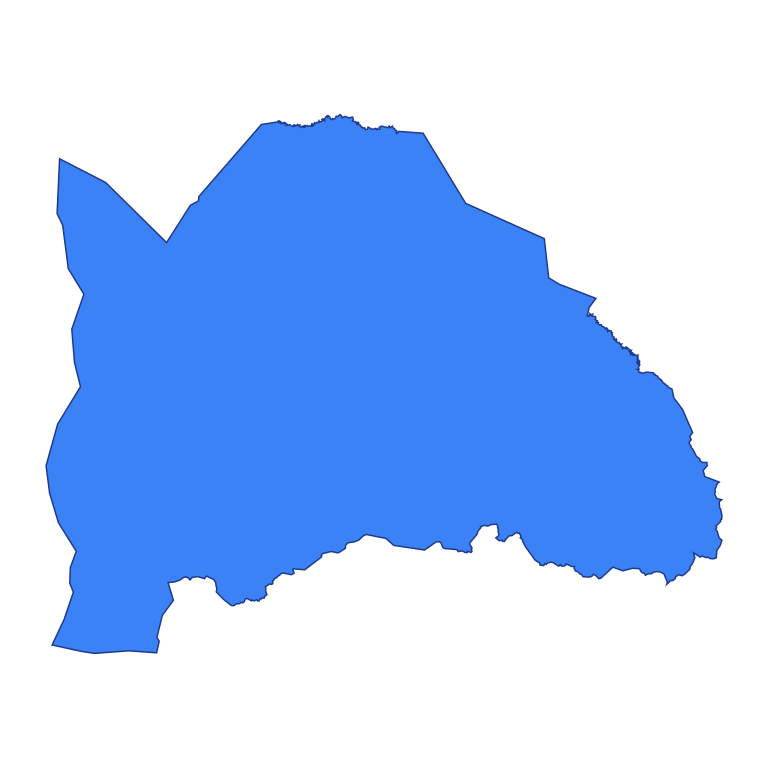 Xalx gol, Dornod, Mongolia
{"feature_id": "93677404B3085807680593", "entity_name": "Xalx gol", "entity_type": "district", "adm_level": 2, "iso_a3": "MNG", "parent_name": "Mongolia", "parent_adm1": "Dornod", "projection": "albers", "projection_center": [119.062, 47.201], "detail": "fine", "context": "isolated", "style": "filled", "palette": "blue", "viewbox_px": 768, "rotation_deg": 0, "n_neighbors": 0, "source": "geoboundaries", "source_scale": "gbopen_adm2", "svg_char_len": 6111}
<svg xmlns="http://www.w3.org/2000/svg" viewBox="0 0 768 768"><path d="M52.1,645.0L80.4,651.2L94.4,653.4L128.7,650.8L156.6,652.8L159.2,641.2L156.9,637.4L162.4,615.2L173.4,600.3L168.1,582.6L174.6,581.9L179.6,580.2L184.5,576.9L187.8,577.5L190.0,579.9L192.4,577.4L197.7,576.6L204.5,578.7L206.4,576.0L213.7,579.5L215.7,582.6L216.2,586.6L216.9,588.1L216.3,591.9L223.5,599.3L231.3,605.5L233.7,605.7L236.4,603.9L239.8,603.6L240.7,602.4L242.8,602.8L244.0,602.0L245.2,599.4L246.7,598.3L251.6,600.9L252.0,600.0L254.2,600.9L256.5,599.7L257.8,601.0L259.1,601.0L260.1,598.7L261.4,599.0L262.6,597.8L264.2,598.1L264.6,596.5L266.9,594.7L265.6,590.8L265.9,588.7L265.4,586.8L269.6,584.0L271.6,584.4L272.8,583.6L272.6,581.0L273.7,580.4L274.2,578.8L277.0,577.4L277.2,576.5L279.7,575.2L280.5,574.0L282.8,573.0L291.6,574.7L294.1,573.1L292.9,569.8L293.3,568.8L304.7,569.8L321.6,556.9L321.6,554.6L323.0,553.5L331.2,551.5L337.9,552.9L339.2,552.3L345.3,548.4L345.7,545.0L347.9,542.8L353.7,542.0L358.5,540.3L363.6,535.6L366.4,534.5L385.9,538.4L393.8,545.4L424.6,550.0L436.1,541.9L439.1,541.7L440.9,542.7L442.8,547.4L444.3,548.5L455.9,549.5L457.5,550.0L458.1,551.6L462.3,550.9L465.1,552.5L467.2,552.5L467.5,551.4L471.2,552.4L472.0,551.2L471.4,549.7L472.0,547.9L469.5,544.1L469.7,543.0L476.9,534.5L478.1,530.9L480.8,527.8L480.5,526.7L484.2,525.4L487.9,526.1L490.9,524.6L496.6,524.1L498.1,527.0L497.6,527.4L498.4,529.8L498.0,530.8L498.8,534.4L498.5,535.8L495.8,537.9L499.3,540.8L502.0,540.1L502.6,541.4L504.6,541.4L505.1,540.1L508.9,535.9L511.9,535.6L516.5,532.4L517.9,533.3L519.4,533.1L521.1,536.5L520.2,537.8L522.5,539.6L522.6,541.3L525.8,547.2L535.1,560.1L539.7,563.2L540.0,565.1L543.7,565.6L544.9,563.5L546.2,564.4L547.3,563.2L551.0,562.1L553.3,562.7L558.7,566.2L560.4,564.6L561.4,566.1L564.1,566.0L565.8,565.1L566.0,563.9L571.8,566.5L574.5,566.6L574.1,568.6L575.3,570.0L575.3,570.9L577.5,571.5L580.0,574.0L581.6,574.5L583.0,576.7L589.1,577.1L591.8,576.3L593.3,574.3L596.1,575.8L598.6,578.6L600.8,578.2L612.8,567.2L623.0,570.8L632.2,568.3L639.7,568.7L640.6,571.1L642.6,573.0L644.2,572.9L645.4,575.3L647.7,574.0L651.7,573.6L653.4,572.2L656.7,571.6L660.1,571.9L663.9,573.8L667.4,582.2L666.7,584.3L669.6,581.8L669.9,580.5L672.7,580.6L675.0,578.9L675.8,576.7L678.5,574.8L682.0,575.7L684.7,574.2L689.3,569.8L690.1,568.5L690.1,566.4L692.2,564.1L694.9,557.8L693.5,552.8L700.2,557.1L701.9,556.1L706.1,557.5L708.2,557.3L709.8,558.5L713.4,558.8L716.3,557.9L716.8,550.6L720.2,545.5L721.8,540.7L721.8,540.0L719.2,538.0L717.1,531.1L715.5,529.3L716.7,527.8L716.0,526.1L720.6,521.5L720.5,519.3L720.8,520.0L721.7,519.1L721.9,515.3L720.6,509.1L719.7,508.1L719.2,502.6L719.6,501.4L721.7,499.7L716.8,498.5L714.6,494.0L715.4,491.6L714.9,489.7L717.3,483.6L719.2,482.1L704.8,476.6L703.2,470.5L707.4,465.3L706.8,464.3L707.0,462.5L702.5,462.4L700.5,461.3L699.5,458.6L696.5,456.5L693.0,449.5L691.2,447.5L690.9,445.7L689.4,443.9L689.4,441.8L691.2,439.8L689.7,436.5L692.6,432.6L682.5,409.4L673.9,398.0L672.0,389.1L668.0,387.0L667.6,385.9L664.9,384.4L664.9,383.6L663.2,383.0L662.2,381.0L661.0,380.4L661.0,379.5L657.9,377.7L658.0,376.8L656.9,375.7L655.2,375.4L655.1,374.3L653.7,374.1L653.3,372.8L646.4,372.1L642.3,373.4L641.4,372.5L639.1,372.5L638.6,370.6L637.2,369.4L639.0,369.2L638.4,367.2L639.8,364.8L638.9,363.3L638.4,364.2L636.7,362.4L637.4,361.9L638.2,362.3L638.1,363.0L638.8,362.3L639.5,362.8L639.6,361.1L639.1,360.7L638.4,361.6L637.7,360.7L639.3,360.0L637.4,359.9L637.2,358.7L638.0,358.3L637.5,357.6L637.9,356.9L637.2,356.6L638.0,355.2L634.8,355.3L634.6,354.5L633.4,355.4L632.4,354.6L633.2,353.8L632.7,353.0L630.7,354.6L630.7,353.1L629.9,352.1L631.5,352.2L630.8,351.5L631.2,350.6L630.1,351.1L630.6,349.7L629.4,350.8L629.2,349.2L626.9,348.7L627.6,348.0L627.2,347.7L626.1,348.3L625.9,347.0L624.0,348.4L623.2,347.4L622.5,348.2L622.5,347.1L621.8,346.7L620.7,346.9L621.4,346.4L620.8,345.1L621.7,344.1L620.0,344.1L619.1,342.4L618.3,342.9L616.0,341.4L616.7,340.1L616.3,339.0L614.8,340.0L613.9,339.3L614.4,338.8L613.8,338.5L614.1,337.2L612.5,336.7L612.5,334.8L611.5,334.0L612.4,332.8L611.4,332.2L611.1,330.9L609.4,330.6L607.6,331.6L607.2,330.8L608.2,330.2L606.7,328.0L605.3,328.9L605.0,327.8L601.7,325.9L601.3,324.8L599.0,324.7L598.2,323.8L598.5,322.6L596.2,322.6L597.5,320.9L595.3,319.6L595.8,317.6L595.3,316.6L591.8,316.0L592.7,314.2L590.9,314.7L589.9,313.8L590.1,315.1L589.3,315.1L589.2,316.2L587.2,316.1L589.1,307.5L595.9,298.4L559.3,284.3L548.7,277.9L544.3,238.7L465.7,203.4L423.1,133.2L398.9,131.4L396.6,133.5L396.1,132.6L396.7,130.7L394.8,129.9L394.6,128.7L393.1,127.9L392.4,126.2L390.0,127.9L389.2,126.1L387.7,127.6L381.4,126.1L379.3,127.2L380.0,128.9L377.7,129.3L377.4,128.7L376.6,129.6L375.6,128.4L372.3,129.4L368.1,127.1L367.3,129.4L365.3,129.6L364.7,127.8L363.0,128.2L362.5,127.3L361.3,127.2L360.5,125.3L358.6,124.8L358.8,123.0L358.2,122.3L357.3,122.6L357.5,123.8L356.7,124.2L355.8,121.8L352.5,121.1L353.3,119.7L352.7,117.1L348.6,117.8L345.0,116.4L342.0,117.7L341.6,115.9L340.0,114.6L337.7,116.6L336.2,116.2L335.4,118.2L334.1,119.2L332.4,118.5L331.9,119.7L330.3,118.9L329.9,117.3L328.0,115.5L327.3,116.3L327.7,117.7L326.5,116.3L325.6,117.2L324.7,119.8L324.8,120.9L323.0,120.1L322.8,119.4L323.5,119.0L322.7,118.9L321.9,119.4L322.5,120.3L321.8,121.3L319.6,121.9L319.0,120.8L318.4,122.6L316.5,122.4L315.5,123.7L314.4,122.9L313.7,124.8L311.9,123.7L311.6,124.6L312.7,126.0L311.7,126.3L310.3,125.7L308.4,126.4L307.3,125.5L305.1,126.9L305.2,125.6L304.7,125.4L303.7,126.0L303.4,127.2L302.1,126.2L301.2,127.3L299.4,126.4L300.0,125.0L298.5,125.3L297.6,124.5L297.3,125.4L296.0,125.3L295.6,126.0L294.2,124.8L293.4,125.2L293.8,126.3L293.2,126.6L290.7,125.7L289.9,124.6L287.6,125.3L286.9,124.2L286.1,125.1L285.5,123.0L284.7,122.5L284.0,123.7L283.4,122.7L281.2,123.7L281.3,122.5L280.8,121.9L279.1,122.7L279.6,121.1L278.8,120.8L276.7,122.1L261.4,124.5L198.9,196.5L198.5,200.9L190.4,205.3L166.6,242.6L105.6,182.5L59.6,158.8L57.1,213.6L62.7,225.2L68.3,268.7L83.9,294.2L71.8,329.2L74.5,362.5L80.5,386.7L57.7,424.0L46.1,465.7L49.6,493.2L58.5,522.8L76.3,551.3L70.3,567.7L69.8,583.4L73.4,592.1L64.1,619.5L52.1,645.0Z" fill="#3b82f6" stroke="#1e3a8a" stroke-width="1.5"/></svg>